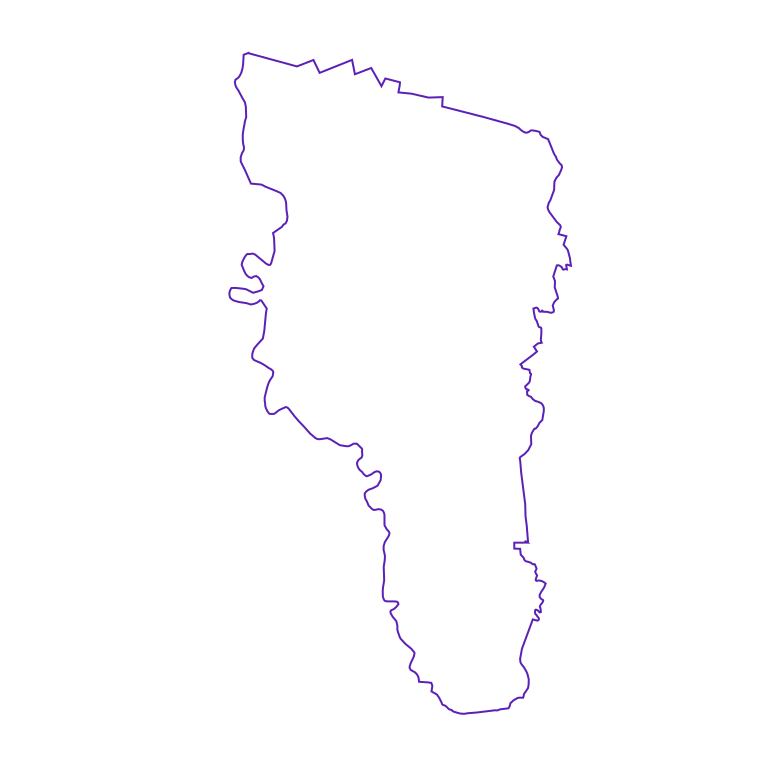 Ayotoxco de Guerrero, Puebla, Mexico (Mercator projection), rotated 7°
{"feature_id": "50627088B34182004017380", "entity_name": "Ayotoxco de Guerrero", "entity_type": "district", "adm_level": 2, "iso_a3": "MEX", "parent_name": "Mexico", "parent_adm1": "Puebla", "projection": "mercator", "projection_center": [-97.405, 20.072], "detail": "fine", "context": "isolated", "style": "outline", "palette": "violet", "viewbox_px": 768, "rotation_deg": 7, "n_neighbors": 0, "source": "geoboundaries", "source_scale": "gbopen_adm2", "svg_char_len": 6142}
<svg xmlns="http://www.w3.org/2000/svg" viewBox="0 0 768 768"><g transform="rotate(7 384 384)"><path d="M227.5,201.3L238.1,201.0L242.3,202.6L254.3,205.8L258.1,207.0L261.0,209.3L263.0,211.9L264.1,214.2L264.8,216.4L266.1,223.7L267.8,229.6L267.8,233.6L266.8,236.5L264.8,238.1L263.6,240.4L255.5,247.6L257.1,252.6L259.2,265.2L257.3,277.8L256.6,279.5L255.1,279.9L252.5,279.0L240.6,271.4L238.7,270.7L237.2,270.7L234.5,271.5L232.6,271.6L231.5,272.8L230.2,275.2L228.5,280.0L228.2,283.0L231.7,289.3L233.3,291.6L235.0,293.2L236.9,294.4L239.7,294.9L241.4,293.4L244.0,292.4L246.4,293.6L248.1,295.2L250.8,299.4L252.5,301.6L251.3,305.6L247.6,307.5L243.0,309.4L235.7,306.8L232.8,306.6L225.1,306.7L220.9,307.3L220.0,309.3L219.4,312.4L220.0,315.2L220.8,317.1L222.3,318.3L224.4,319.4L229.9,320.3L237.4,320.5L242.3,321.3L245.6,320.1L248.2,318.7L249.8,317.2L250.6,316.0L252.1,316.1L258.4,323.4L258.2,328.8L258.7,346.0L258.2,353.7L253.6,360.1L250.7,364.7L249.7,369.3L249.7,372.1L250.2,374.3L252.2,376.1L259.6,378.3L263.7,380.1L267.3,382.0L270.3,383.3L271.9,384.4L272.7,385.8L272.5,389.9L270.3,394.2L269.4,396.9L268.4,401.7L267.2,411.9L267.7,415.6L268.3,417.4L268.9,420.5L269.8,422.5L271.5,425.1L272.9,426.7L274.1,427.6L278.0,427.2L279.4,426.4L282.8,422.9L284.8,421.6L289.2,418.9L290.9,419.1L292.4,420.1L298.7,426.5L303.7,431.1L309.6,435.9L316.6,442.1L322.7,446.1L324.6,446.7L326.4,446.7L328.2,446.3L334.3,444.6L337.7,445.5L347.6,450.1L352.8,450.3L355.5,450.3L357.8,449.4L361.0,447.0L364.3,446.5L369.9,450.8L370.4,451.9L370.4,453.8L371.2,457.4L370.9,459.0L370.5,460.0L369.3,461.0L367.8,462.7L366.8,465.5L367.2,467.3L367.8,468.8L368.9,470.6L370.4,472.3L373.1,474.0L374.2,475.4L375.6,476.5L377.6,477.6L378.4,477.6L382.3,475.3L385.4,472.5L387.5,471.5L389.9,471.7L390.8,472.4L392.0,474.0L392.3,475.6L392.4,479.9L389.9,485.8L385.6,488.8L381.6,490.8L379.7,492.6L378.2,494.9L378.5,497.3L379.4,500.0L381.3,502.6L383.6,506.6L387.1,509.3L388.4,510.0L389.5,510.3L393.8,508.9L396.5,509.0L398.4,510.0L399.6,511.7L400.4,513.7L401.7,524.1L404.2,527.6L406.8,529.9L407.6,531.4L407.5,533.1L406.9,534.9L404.1,540.8L403.4,544.8L403.8,548.6L405.6,553.5L406.0,555.4L406.2,559.2L406.0,565.5L408.1,578.7L407.8,586.4L408.0,590.0L408.8,595.2L410.1,597.9L411.1,599.0L412.5,599.4L415.1,599.2L420.8,598.5L423.5,598.5L424.7,599.4L425.1,601.0L423.1,604.1L421.2,606.2L418.9,607.6L418.2,608.5L418.2,609.8L418.8,611.1L421.1,614.1L425.0,617.7L426.6,621.8L427.0,624.1L427.1,626.0L428.0,628.3L430.7,633.7L431.9,635.1L437.1,639.5L443.3,643.4L446.9,646.8L447.1,648.1L446.8,651.0L444.4,658.2L443.9,661.4L444.0,662.6L445.3,664.5L450.1,666.5L452.4,668.5L454.0,671.0L455.1,675.3L463.9,674.8L467.4,674.9L468.8,677.8L468.6,683.4L474.3,685.7L476.9,688.6L479.8,692.9L480.7,694.7L481.5,695.3L484.2,695.9L488.2,698.9L491.1,699.4L491.5,700.0L492.7,700.6L494.0,700.9L499.7,701.8L503.8,701.6L507.1,700.6L516.4,698.7L534.0,694.3L536.3,694.2L538.5,692.9L547.1,690.7L548.0,688.5L548.4,685.4L551.1,682.2L555.1,679.2L557.5,678.7L560.3,678.4L560.7,676.5L560.6,675.0L564.0,668.3L564.2,665.2L563.7,659.6L561.7,654.3L560.4,652.1L557.4,648.1L554.8,645.6L553.4,643.7L552.6,640.2L553.2,630.0L560.4,599.5L563.1,600.0L565.3,600.1L566.3,599.2L566.4,598.1L565.8,597.1L564.4,595.9L563.8,595.0L562.2,593.8L561.7,592.3L561.6,590.5L561.8,589.7L562.4,589.5L563.9,589.8L564.9,590.4L565.3,591.0L566.6,591.7L567.5,591.2L566.7,587.7L566.0,586.4L565.9,585.5L566.5,583.7L567.7,582.0L568.3,580.4L568.4,579.4L568.0,578.9L566.5,578.4L564.5,576.6L564.2,574.3L565.3,571.3L567.7,566.5L568.8,562.4L567.6,561.6L564.8,560.4L562.4,560.1L561.6,560.1L559.5,560.8L558.8,560.5L558.4,559.7L558.5,558.7L559.3,555.4L557.4,552.9L556.9,551.8L557.8,549.4L557.8,548.4L555.7,544.6L554.8,544.5L554.1,544.8L552.9,544.4L551.3,543.4L546.3,542.6L544.7,541.4L543.8,539.5L540.5,536.7L539.2,531.0L533.4,531.5L532.6,525.6L545.4,524.0L542.7,522.7L546.3,523.6L542.9,507.1L540.6,498.1L538.8,486.1L530.9,455.0L528.7,444.3L527.7,440.9L528.2,439.9L531.9,436.5L535.2,432.1L537.5,425.9L536.2,417.4L536.7,414.7L538.4,410.6L539.0,410.0L539.5,410.0L540.2,409.5L541.7,407.3L543.0,403.7L545.5,400.5L545.9,391.7L545.6,388.5L544.5,386.0L542.6,384.0L539.7,383.0L535.9,382.3L533.2,380.6L531.4,378.8L529.1,378.2L527.5,377.3L526.9,373.8L528.3,372.7L528.1,372.2L525.5,371.5L524.6,370.1L524.5,369.1L527.9,364.9L528.4,362.9L528.4,358.8L528.8,356.8L528.6,355.9L527.6,355.4L526.6,352.2L520.4,351.7L519.4,351.2L518.7,350.4L518.8,349.5L517.0,347.9L528.8,336.4L531.9,333.1L528.2,328.7L531.8,325.0L535.5,323.8L535.0,323.2L534.3,321.0L534.0,314.4L533.4,309.6L532.8,308.9L531.0,308.5L530.4,308.0L527.9,302.8L526.5,301.2L525.7,299.6L524.1,294.6L523.1,290.9L525.6,289.7L526.4,289.6L527.8,290.5L529.2,292.9L529.9,293.2L531.0,293.1L531.9,291.9L532.4,292.0L533.0,292.9L537.2,292.5L540.9,293.0L543.0,292.2L543.6,291.6L543.7,290.2L541.9,285.5L543.0,281.9L545.2,278.9L546.3,278.0L545.7,275.9L541.7,267.3L541.2,261.1L538.9,256.7L541.1,245.2L542.8,244.9L543.8,245.1L546.1,246.3L547.6,248.5L548.2,248.6L550.7,247.7L551.6,247.9L550.3,243.8L551.0,243.2L555.2,243.9L553.8,239.0L553.3,236.6L550.4,229.4L549.6,228.0L545.3,223.9L547.0,215.1L538.9,214.0L539.5,210.8L539.5,209.8L540.2,207.5L540.3,206.3L539.3,204.7L535.8,202.2L527.2,193.2L525.8,191.1L524.8,188.7L525.5,184.0L526.6,181.7L529.2,170.7L528.5,162.4L529.9,158.4L532.1,155.3L533.7,150.2L534.3,147.3L533.5,145.0L531.6,143.7L528.3,140.2L526.9,137.4L525.6,136.0L524.2,133.9L518.5,123.5L517.9,122.8L517.2,121.0L511.4,119.4L509.2,117.7L507.6,114.8L503.8,114.3L500.2,114.2L498.7,114.5L497.0,116.2L495.5,117.0L493.6,117.3L491.1,116.4L488.6,115.0L486.2,113.2L485.2,113.1L483.0,112.0L474.6,110.5L450.4,106.9L407.9,101.4L407.3,92.1L393.2,94.3L375.8,92.5L362.8,92.8L363.2,85.5L363.1,82.6L348.1,80.6L345.2,88.7L332.8,71.9L317.4,80.1L312.8,66.2L282.2,83.0L274.5,71.0L258.9,79.4L209.3,72.2L209.2,71.9L204.6,74.3L205.2,83.9L205.1,87.9L204.4,92.6L203.0,96.2L201.9,97.9L199.5,100.1L199.2,103.0L200.5,106.4L201.9,108.4L203.7,110.4L208.6,117.4L211.6,121.3L213.1,125.7L214.7,135.9L214.0,140.0L213.5,148.4L213.4,153.8L214.1,159.1L215.0,162.9L216.3,166.5L216.2,169.3L214.9,172.3L214.1,176.4L214.7,180.7L219.8,188.4L227.5,201.3Z" fill="none" stroke="#5b21b6" stroke-width="2"/></g></svg>